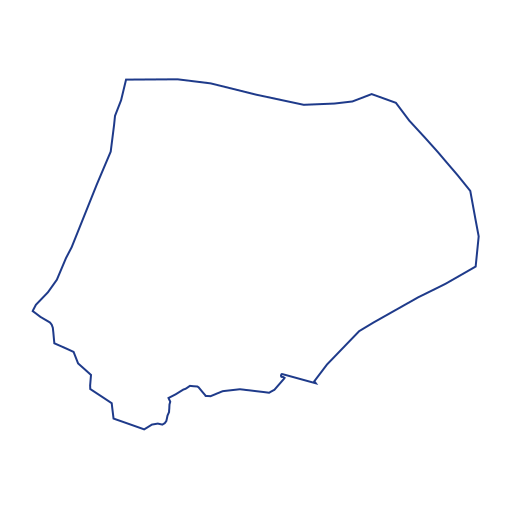 outline of Dar-Tama, Wadi Fira, Chad, rotated 91°
{"feature_id": "50815135B35128958764518", "entity_name": "Dar-Tama", "entity_type": "district", "adm_level": 2, "iso_a3": "TCD", "parent_name": "Chad", "parent_adm1": "Wadi Fira", "projection": "equal_earth", "projection_center": [22.272, 14.447], "detail": "fine", "context": "isolated", "style": "outline", "palette": "blue", "viewbox_px": 512, "rotation_deg": 91, "n_neighbors": 0, "source": "geoboundaries", "source_scale": "gbopen_adm2", "svg_char_len": 1862}
<svg xmlns="http://www.w3.org/2000/svg" viewBox="0 0 512 512"><g transform="rotate(91 256 256)"><path d="M315.0,478.3L316.6,476.0L320.7,470.4L326.1,460.8L328.2,459.1L331.3,457.9L336.0,457.3L343.4,456.5L346.7,456.1L346.8,456.1L347.8,453.7L352.7,442.1L355.0,436.9L355.1,436.7L364.6,432.8L365.1,432.6L366.5,432.0L377.8,418.9L388.5,419.6L389.6,419.5L390.0,419.5L391.9,419.4L394.7,415.0L400.2,406.3L405.7,397.7L410.3,397.1L421.0,395.6L422.1,392.4L423.5,388.1L430.2,368.0L431.3,364.8L429.4,361.8L426.3,357.0L426.3,356.7L425.3,351.4L425.3,351.2L426.2,346.7L424.8,344.4L424.7,344.3L422.6,342.8L420.3,342.3L417.1,341.7L414.0,340.4L413.5,340.2L413.3,340.2L412.5,340.2L409.5,340.0L409.4,340.0L408.6,340.0L405.9,339.9L403.2,339.2L402.7,339.4L400.6,340.5L399.5,341.0L395.7,333.9L393.5,330.5L390.8,326.3L390.0,324.1L388.8,322.3L387.0,319.8L387.3,316.3L387.5,312.4L388.3,311.1L393.1,307.0L396.7,303.8L396.8,303.8L396.9,300.1L397.0,299.1L394.6,293.5L394.5,293.4L393.1,290.0L392.7,289.2L392.1,287.8L391.7,286.7L389.5,269.8L389.9,265.6L390.1,264.0L390.4,260.5L391.2,252.9L391.9,245.8L392.5,240.5L390.9,237.9L390.7,237.4L390.4,237.0L389.5,235.3L378.4,226.0L377.4,225.3L377.1,225.7L376.7,226.4L376.6,226.6L376.4,227.5L376.4,227.9L376.4,228.4L375.5,228.9L375.1,228.9L374.9,228.8L374.0,228.6L373.6,228.1L373.7,227.3L374.3,225.0L374.3,224.9L381.2,198.0L382.2,194.0L380.2,195.5L363.2,183.1L348.3,169.2L329.3,151.5L320.3,137.1L294.4,93.0L285.1,74.9L280.3,65.7L262.7,36.2L235.0,33.9L232.5,33.7L215.5,37.2L187.2,42.9L171.4,56.1L158.8,67.3L148.9,76.0L135.0,88.9L118.0,105.1L100.4,118.8L92.1,143.2L99.8,162.3L102.2,180.2L104.0,210.9L94.7,258.6L84.2,304.3L80.7,337.5L81.9,388.7L81.9,389.0L102.6,393.6L118.3,399.4L127.6,400.2L154.2,403.1L187.2,416.4L250.5,440.5L261.3,445.9L283.2,454.7L295.9,463.4L308.6,475.2L314.2,478.0L315.0,478.3Z" fill="none" stroke="#1e3a8a" stroke-width="2"/></g></svg>